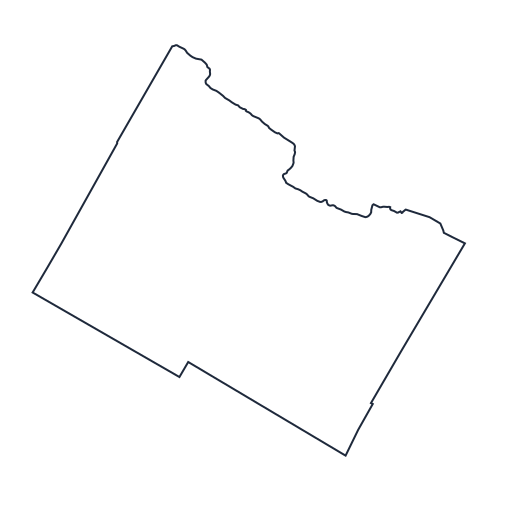 Koochiching, Minnesota, United States of America, rotated 30°
{"feature_id": "52423323B71326746759120", "entity_name": "Koochiching", "entity_type": "district", "adm_level": 2, "iso_a3": "USA", "parent_name": "United States of America", "parent_adm1": "Minnesota", "projection": "robinson", "projection_center": [-93.793, 48.279], "detail": "fine", "context": "isolated", "style": "outline", "palette": "slate", "viewbox_px": 512, "rotation_deg": 30, "n_neighbors": 0, "source": "geoboundaries", "source_scale": "gbopen_adm2", "svg_char_len": 2429}
<svg xmlns="http://www.w3.org/2000/svg" viewBox="0 0 512 512"><g transform="rotate(30 256 256)"><path d="M430.6,140.6L416.4,141.5L407.1,142.0L406.6,141.5L405.5,140.3L399.4,135.7L386.9,135.6L362.6,140.9L362.4,141.0L362.2,141.5L361.1,144.5L361.1,145.3L360.9,145.6L360.6,145.9L360.3,145.8L358.8,145.1L357.5,147.0L357.3,147.4L356.4,148.0L353.1,148.0L350.2,148.6L349.1,148.4L347.9,147.2L347.8,146.6L347.5,146.6L346.6,146.9L345.2,147.9L342.2,149.3L341.4,149.8L339.9,151.3L338.8,151.9L332.0,152.4L331.8,152.8L331.5,153.9L332.7,158.3L333.9,160.6L334.0,162.4L333.6,164.5L332.9,166.1L331.7,167.4L331.2,167.7L327.5,168.5L322.6,169.2L318.6,171.3L317.7,171.6L314.2,172.1L312.1,172.9L310.3,173.3L306.4,173.3L302.1,174.0L301.5,174.0L299.6,173.3L297.9,173.3L296.9,173.8L295.4,175.1L294.9,175.4L293.6,175.6L293.0,175.6L291.6,174.9L290.5,174.0L289.5,172.6L288.8,172.5L287.9,172.9L287.1,173.7L286.4,175.4L285.5,176.5L285.1,176.8L284.5,177.1L281.5,177.6L276.8,177.4L272.5,178.0L271.6,177.9L269.3,177.1L267.8,176.9L263.9,177.1L261.7,176.9L259.2,177.1L256.3,177.8L255.3,177.7L253.6,177.5L251.3,177.6L247.9,177.7L245.4,177.5L244.6,176.7L243.5,176.0L240.7,174.6L239.9,174.0L239.1,172.9L239.0,172.0L239.1,171.4L239.3,171.0L240.7,169.4L241.0,168.8L240.9,167.7L240.7,166.6L240.7,166.1L241.5,164.3L242.1,162.4L242.5,160.2L242.5,159.6L242.1,157.1L241.8,156.2L240.7,154.7L239.0,151.3L238.6,148.5L238.0,146.7L237.6,146.2L236.6,145.4L234.9,141.5L234.1,140.8L233.2,140.3L232.4,140.0L230.4,139.8L221.1,139.5L214.6,138.2L213.9,138.4L213.6,138.9L213.3,139.1L210.6,139.4L206.1,139.0L203.4,138.6L201.8,137.6L201.0,137.4L197.6,137.3L194.0,136.6L191.3,135.6L189.6,135.4L183.7,136.2L182.1,136.1L180.1,135.4L177.7,135.2L175.6,135.5L174.6,135.3L174.2,134.5L172.7,134.5L171.3,135.1L167.5,135.3L165.2,134.5L162.6,135.1L158.3,135.0L155.1,134.6L150.2,134.6L147.4,133.8L142.0,133.0L139.1,132.8L135.2,133.4L132.6,133.3L130.2,132.4L127.3,132.0L126.7,131.8L125.8,131.1L125.7,131.0L124.7,129.4L124.7,128.6L125.7,123.8L125.6,122.1L125.2,121.2L123.8,119.3L123.1,117.8L122.1,117.0L119.5,116.7L117.6,114.9L115.2,114.1L110.6,113.2L105.3,115.1L101.6,115.5L98.9,115.3L94.8,114.5L92.3,113.2L90.7,112.7L89.5,112.7L84.9,113.1L82.3,113.0L81.6,113.3L81.0,113.7L80.2,114.9L78.6,116.3L78.7,226.7L79.5,227.9L81.2,342.8L81.1,370.4L80.8,399.3L250.2,399.1L250.3,381.7L433.4,384.1L431.4,355.4L431.1,325.8L429.1,325.9L429.3,265.6L430.6,140.6Z" fill="none" stroke="#1e293b" stroke-width="2"/></g></svg>